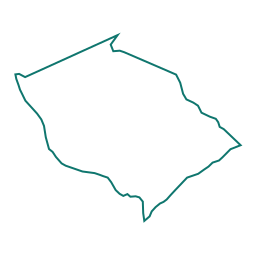 São Brás, Alagoas, Brazil (Natural Earth projection)
{"feature_id": "56859067B34385309848711", "entity_name": "São Brás", "entity_type": "district", "adm_level": 2, "iso_a3": "BRA", "parent_name": "Brazil", "parent_adm1": "Alagoas", "projection": "natural_earth1", "projection_center": [-36.859, -10.112], "detail": "fine", "context": "isolated", "style": "outline", "palette": "teal", "viewbox_px": 256, "rotation_deg": 0, "n_neighbors": 0, "source": "geoboundaries", "source_scale": "gbopen_adm2", "svg_char_len": 906}
<svg xmlns="http://www.w3.org/2000/svg" viewBox="0 0 256 256"><path d="M117.6,35.1L25.1,77.1L19.1,73.9L15.4,74.4L16.3,78.9L18.5,85.0L20.0,89.7L21.9,93.5L25.4,100.7L37.1,113.6L41.3,119.4L44.0,125.9L45.8,137.3L49.0,149.0L52.6,151.9L55.9,156.9L61.6,163.4L65.7,165.7L82.5,171.5L94.6,173.1L99.4,174.7L103.1,176.1L107.7,177.6L111.2,182.2L115.7,190.1L119.6,193.8L123.3,195.9L127.4,194.1L130.4,196.7L135.7,196.3L139.4,197.4L142.8,201.6L143.2,213.1L144.3,220.9L149.6,216.4L151.7,211.4L155.6,207.1L160.0,203.5L163.5,201.9L166.7,199.5L170.5,195.2L175.5,189.8L187.1,177.6L198.2,173.8L204.2,169.5L208.5,166.6L212.6,162.6L219.0,160.5L222.4,157.4L230.5,149.2L240.6,145.2L223.7,129.1L219.7,126.9L218.2,122.2L215.8,118.8L209.9,116.7L201.5,112.7L198.0,105.7L193.3,102.6L186.4,99.4L183.1,93.8L180.2,82.7L176.1,74.6L124.2,52.2L119.8,50.7L113.3,51.2L110.7,44.6L117.6,35.1Z" fill="none" stroke="#0f766e" stroke-width="2"/></svg>